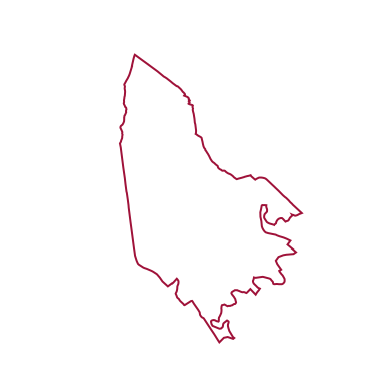 Calui, Olt, Romania, rotated 59°
{"feature_id": "2599482B47257353667324", "entity_name": "Calui", "entity_type": "district", "adm_level": 2, "iso_a3": "ROU", "parent_name": "Romania", "parent_adm1": "Olt", "projection": "robinson", "projection_center": [24.053, 44.456], "detail": "fine", "context": "isolated", "style": "outline", "palette": "rose", "viewbox_px": 384, "rotation_deg": 59, "n_neighbors": 0, "source": "geoboundaries", "source_scale": "gbopen_adm2", "svg_char_len": 6075}
<svg xmlns="http://www.w3.org/2000/svg" viewBox="0 0 384 384"><g transform="rotate(59 192 192)"><path d="M335.0,246.0L333.4,239.8L334.7,236.1L339.1,232.4L338.9,231.0L337.4,231.6L333.9,231.6L330.4,231.6L327.1,230.8L325.3,230.2L324.1,229.4L322.7,227.8L321.9,227.4L320.4,228.0L320.2,228.2L320.5,230.3L320.6,231.4L320.7,232.0L320.9,232.7L321.3,233.3L322.9,234.6L323.5,235.2L324.0,237.3L323.7,237.9L323.6,238.5L323.1,239.1L317.4,243.3L315.4,243.3L313.1,242.6L312.6,242.2L312.4,241.5L312.4,240.9L312.8,239.6L313.1,239.1L314.1,238.2L315.2,237.6L316.0,236.9L316.3,236.4L316.7,236.1L316.6,235.7L315.9,235.2L315.1,234.6L314.3,234.2L313.6,233.6L312.7,232.0L310.9,229.4L309.7,228.4L308.1,227.3L307.2,227.0L305.4,225.7L304.5,224.7L305.2,222.1L308.2,220.4L308.5,219.2L309.3,218.0L309.5,216.7L309.8,215.9L309.8,215.6L309.7,214.5L309.7,213.7L310.1,212.9L310.1,212.4L309.9,212.0L309.5,211.2L309.1,211.0L307.3,210.5L306.2,210.1L303.5,210.1L300.4,210.5L299.1,210.4L298.7,210.0L298.4,209.5L298.3,208.7L298.3,205.7L298.9,204.9L299.4,203.9L300.3,203.3L300.6,203.0L303.2,201.1L303.9,200.4L304.4,199.3L304.7,198.9L305.4,198.3L306.6,197.5L306.6,196.8L305.3,192.0L312.8,190.3L311.9,188.6L311.5,187.8L310.6,185.2L309.8,183.6L308.4,184.6L307.3,185.0L305.5,185.4L302.5,186.2L301.6,186.2L300.9,186.1L300.2,185.9L299.5,185.4L298.8,184.4L297.2,182.9L297.7,182.5L298.4,181.6L301.2,175.0L302.1,174.1L305.6,170.7L306.4,170.0L306.9,169.7L307.5,169.5L308.8,169.4L310.5,169.0L312.5,169.6L313.2,169.2L313.5,168.8L314.5,166.7L316.0,164.7L316.8,163.3L317.3,162.5L317.4,161.9L317.4,161.4L317.4,160.9L317.2,160.2L316.9,159.5L316.6,158.9L315.3,158.0L314.5,157.6L313.9,157.4L310.3,157.3L309.8,157.4L308.4,157.7L305.5,158.0L304.6,157.9L304.6,155.6L297.8,156.1L294.2,155.6L292.4,151.4L293.3,146.4L294.4,143.5L297.6,137.0L297.4,134.0L292.7,135.5L292.7,134.8L286.1,137.1L284.2,132.6L280.7,134.9L278.2,136.8L276.2,138.6L274.8,139.9L272.9,141.4L271.6,142.2L266.5,147.8L264.6,149.5L263.2,150.0L261.1,150.2L259.0,150.1L257.2,149.7L252.6,147.5L248.5,146.1L244.6,143.9L241.8,141.2L239.5,139.2L239.4,138.5L240.1,137.4L240.8,136.2L241.6,135.1L242.4,135.7L243.1,136.0L244.1,136.3L244.9,136.4L246.0,136.8L247.4,137.8L247.6,138.4L248.3,140.8L248.5,141.3L249.4,142.2L250.6,143.1L251.5,143.4L252.8,143.4L256.0,143.3L256.9,143.0L258.8,141.8L261.9,138.9L262.5,138.5L262.3,138.2L262.0,136.1L260.8,134.9L260.1,133.6L259.7,132.5L259.6,130.9L260.1,129.1L260.8,128.2L262.1,127.8L265.5,127.1L265.7,125.5L266.0,124.7L265.7,123.3L265.1,122.4L264.5,121.3L263.9,119.1L263.8,118.2L263.7,118.0L263.4,117.9L262.9,117.9L263.2,117.7L264.0,116.8L264.9,116.3L265.6,115.4L266.0,113.8L266.0,113.2L266.1,112.6L266.1,111.7L266.1,111.0L266.3,110.5L266.6,108.7L254.5,112.2L253.6,112.3L251.3,113.0L248.9,113.4L245.5,114.3L244.1,114.9L241.6,115.7L235.7,117.1L219.8,121.5L218.3,122.1L217.4,122.8L216.3,123.9L215.1,125.4L214.4,126.6L214.1,127.5L213.9,130.3L214.0,131.4L213.4,131.7L210.2,132.7L209.1,133.1L208.2,133.1L207.8,133.1L207.4,134.8L206.8,136.5L206.0,139.4L206.0,139.9L205.7,140.8L205.5,141.7L204.4,145.4L204.1,146.9L204.0,147.1L203.6,147.3L201.1,148.4L199.3,148.8L197.2,149.6L196.6,150.0L195.8,150.4L195.5,150.8L194.3,151.6L192.6,152.4L190.8,152.9L190.4,153.2L190.1,153.6L189.9,153.9L189.6,154.7L189.1,155.2L187.9,155.6L187.4,156.0L186.5,156.5L185.1,157.0L184.6,157.0L184.2,157.0L183.1,156.6L182.8,156.6L180.5,157.5L178.5,158.0L177.6,158.5L176.0,159.0L173.2,159.1L170.1,158.8L167.5,158.7L166.1,158.8L164.1,158.8L163.2,159.0L162.9,158.9L162.1,158.6L160.4,158.8L159.5,158.7L158.8,158.6L156.5,157.9L154.3,157.1L152.0,156.4L150.6,155.9L149.4,156.2L146.9,157.7L144.7,158.6L144.1,158.9L144.0,158.7L143.4,158.2L142.0,157.2L141.1,156.7L135.7,154.3L133.9,153.8L130.6,152.2L125.9,150.3L123.8,149.7L122.1,149.1L121.5,148.7L121.1,148.2L119.8,147.9L119.2,147.7L118.5,146.8L117.9,146.8L117.6,147.0L115.4,149.0L114.6,149.5L114.4,149.4L114.4,149.2L114.4,148.8L114.2,148.2L113.9,147.8L113.5,147.7L112.7,148.1L112.4,147.9L112.3,147.5L112.3,147.0L112.3,146.8L111.9,146.8L111.7,147.2L111.4,147.2L111.0,147.0L110.5,146.9L110.4,146.7L110.1,146.5L109.2,146.6L108.3,146.9L107.0,147.8L105.3,149.1L105.2,148.9L105.1,148.2L105.0,147.9L104.5,147.7L104.0,147.6L102.1,148.0L101.5,148.3L99.0,148.5L97.9,148.7L94.8,149.6L93.9,149.9L93.4,150.6L88.8,152.5L86.1,153.4L81.4,155.2L79.2,156.3L78.4,156.8L77.1,157.2L70.9,159.4L68.0,160.6L44.9,170.3L45.3,170.9L46.1,171.8L47.4,173.2L52.6,178.2L53.4,178.9L53.5,178.8L58.7,184.6L59.8,186.0L60.9,187.7L61.4,188.4L62.3,190.1L62.6,190.7L64.3,193.5L64.5,194.0L65.2,194.8L66.1,194.9L67.1,195.2L68.3,196.2L68.8,196.5L70.9,197.3L71.8,197.8L74.6,199.8L75.2,200.3L75.7,200.9L76.9,201.8L78.4,203.1L79.8,203.8L80.0,203.9L80.8,204.8L81.4,204.9L81.8,205.1L82.9,205.1L84.9,205.4L85.4,205.1L86.0,205.1L87.5,205.7L87.9,206.3L88.8,207.0L89.7,207.3L91.5,209.7L91.7,210.4L92.3,211.0L92.8,211.3L93.5,212.0L93.8,212.1L94.8,212.7L96.4,213.8L97.3,214.9L98.4,216.7L98.8,219.0L99.2,219.6L99.8,220.1L100.2,220.3L103.2,220.6L103.7,220.7L104.6,220.8L105.0,221.0L105.5,221.5L105.9,221.7L106.4,221.9L106.9,221.9L107.2,222.1L108.3,223.1L109.0,223.5L110.0,224.3L111.4,226.2L112.1,226.8L112.9,228.0L113.2,228.7L117.1,230.1L135.5,238.2L145.7,242.5L150.7,244.8L157.8,247.9L159.2,248.3L165.6,251.0L170.6,253.2L172.8,254.3L186.2,260.2L193.4,263.3L211.8,271.3L217.4,273.7L218.6,274.0L222.4,274.9L224.6,275.2L225.9,275.3L227.0,275.0L231.7,272.7L232.7,272.0L234.7,270.3L237.9,268.0L239.2,267.1L240.4,266.4L244.3,264.5L245.2,264.3L248.8,263.7L253.5,263.4L260.5,261.3L260.0,256.1L260.3,256.0L260.1,254.8L258.5,249.7L258.9,249.6L260.8,249.4L261.6,249.6L262.5,250.1L263.7,251.0L265.3,253.1L266.3,253.8L267.5,254.6L268.4,255.4L269.4,256.4L270.5,258.1L270.8,258.4L272.7,258.6L274.5,259.0L275.1,259.0L276.9,258.4L277.4,258.3L278.5,258.4L280.0,258.1L282.7,257.3L283.9,257.0L284.7,257.0L285.1,256.8L285.2,256.5L285.0,249.1L285.4,248.0L286.0,247.9L288.7,247.9L296.2,247.4L298.4,247.4L299.1,247.4L300.5,248.0L301.4,248.3L302.0,248.4L303.2,248.3L304.1,248.2L304.8,247.9L305.9,247.2L306.4,247.0L319.5,246.5L325.4,246.2L331.9,246.1L335.0,246.0Z" fill="none" stroke="#9f1239" stroke-width="2"/></g></svg>